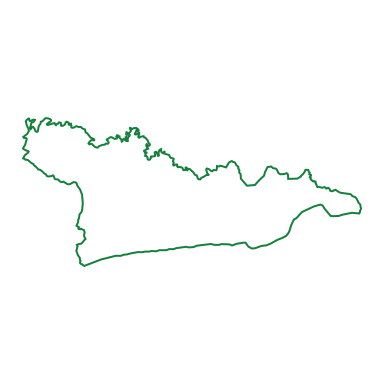 Birim South, Eastern, Ghana
{"feature_id": "2480657B71012260699376", "entity_name": "Birim South", "entity_type": "district", "adm_level": 2, "iso_a3": "GHA", "parent_name": "Ghana", "parent_adm1": "Eastern", "projection": "orthographic", "projection_center": [-1.125, 5.901], "detail": "fine", "context": "isolated", "style": "outline", "palette": "green", "viewbox_px": 384, "rotation_deg": 0, "n_neighbors": 0, "source": "geoboundaries", "source_scale": "gbopen_adm2", "svg_char_len": 5950}
<svg xmlns="http://www.w3.org/2000/svg" viewBox="0 0 384 384"><path d="M23.1,158.4L24.7,159.0L25.4,159.7L26.3,159.7L28.1,160.2L31.3,163.0L33.5,164.1L33.9,165.2L35.8,166.7L37.7,168.6L38.2,169.5L39.9,169.7L42.2,171.3L44.3,173.5L45.9,174.3L46.8,175.9L48.2,176.5L51.5,176.1L52.6,175.4L53.1,175.4L53.7,176.0L54.7,178.7L55.2,179.2L58.0,179.5L60.2,181.6L62.1,182.2L63.4,181.6L67.1,184.0L68.2,184.3L69.6,184.2L71.4,183.4L73.5,182.1L74.9,182.3L76.2,182.7L76.5,183.2L77.4,185.8L80.0,189.4L82.0,194.5L82.8,203.0L82.1,210.6L81.0,212.8L79.6,214.2L78.9,218.5L78.1,219.8L78.2,222.0L76.5,225.7L79.0,227.3L78.4,228.0L78.5,228.9L79.9,229.3L81.0,228.8L84.0,230.2L84.7,232.3L84.1,234.4L84.1,236.1L85.5,239.1L84.3,240.1L82.0,243.0L80.7,243.8L78.6,244.1L76.8,244.9L77.6,246.4L76.3,250.7L77.9,255.2L79.8,257.8L79.9,259.7L80.6,261.1L80.0,262.2L80.2,263.3L81.3,264.1L82.0,264.2L82.7,264.9L84.3,265.9L101.0,259.5L115.7,255.8L121.1,255.8L123.7,254.7L127.1,254.4L129.7,253.6L137.7,252.1L142.0,252.2L144.9,251.6L148.9,251.6L151.8,251.0L156.1,251.3L159.5,250.2L166.4,250.2L169.2,249.1L173.8,249.1L176.1,248.2L185.9,246.8L188.7,247.4L193.6,247.1L196.8,245.7L210.8,244.0L214.8,244.9L219.1,244.9L221.1,244.1L229.7,244.4L232.0,245.5L236.6,243.8L243.2,242.7L245.5,242.7L248.3,246.5L251.7,248.5L255.2,248.2L261.5,245.9L266.1,245.4L270.1,243.9L277.3,239.9L282.4,237.9L286.1,235.9L288.4,233.0L289.3,231.3L291.3,225.0L293.9,219.5L296.5,218.1L302.0,212.0L314.3,206.3L320.3,204.6L322.6,205.5L324.6,208.7L330.6,215.9L334.0,216.2L338.9,215.9L342.1,214.8L351.8,212.8L359.3,213.5L359.4,212.7L360.0,212.0L360.0,211.1L361.0,208.8L360.2,204.5L358.4,202.6L357.9,201.0L356.5,198.6L355.2,197.2L352.2,196.0L351.2,194.6L350.2,194.1L340.7,192.8L338.8,192.0L335.5,189.8L334.3,190.4L333.7,190.3L332.6,191.2L331.1,191.1L330.2,190.7L329.5,188.8L328.2,187.8L326.3,188.6L325.6,187.6L324.1,187.1L322.3,187.8L318.9,186.9L317.4,187.0L315.9,183.7L315.9,183.0L315.4,182.6L315.5,181.7L315.0,181.7L314.0,181.1L313.1,181.4L310.9,179.5L310.5,178.7L310.8,178.1L309.8,177.2L311.0,175.7L311.0,175.1L310.7,174.7L310.1,174.8L309.3,174.4L309.7,172.7L308.8,171.8L308.7,170.9L308.1,169.9L305.5,169.8L304.6,171.9L302.7,174.5L301.3,175.4L300.9,176.5L297.4,178.6L288.2,178.9L288.0,175.0L287.8,174.2L286.7,173.2L284.7,173.9L280.9,174.3L279.6,173.9L278.4,173.0L276.7,169.4L275.8,168.6L273.1,168.2L271.1,166.5L267.5,167.1L265.0,172.1L264.1,175.6L259.4,180.0L254.9,185.0L247.0,185.7L240.9,178.7L240.6,174.2L239.1,172.3L239.4,170.3L238.2,168.2L238.4,167.0L236.3,165.0L234.9,162.4L232.7,161.8L231.9,161.0L228.9,162.5L226.1,167.4L220.5,165.7L218.9,166.5L217.0,166.1L216.7,169.6L216.3,170.2L213.4,170.1L212.2,171.3L211.1,170.9L208.8,169.1L206.9,168.5L206.3,169.1L206.3,170.3L207.4,173.7L208.5,174.5L208.4,175.0L206.3,175.1L203.7,176.8L201.3,177.9L200.2,179.4L198.6,179.2L197.8,178.5L196.8,175.4L194.7,174.6L193.5,172.5L189.8,169.1L188.4,168.9L187.2,170.3L186.9,170.2L186.3,169.8L186.2,169.2L186.7,168.4L186.7,167.7L186.0,167.4L185.6,167.7L185.5,169.8L185.2,170.1L183.7,170.2L183.2,169.9L182.6,168.2L181.9,167.5L179.6,166.9L177.9,167.2L177.1,166.3L177.3,164.8L177.0,164.4L174.9,164.8L174.1,165.4L173.4,165.4L173.1,164.5L173.8,162.5L173.1,161.8L172.9,161.1L173.6,159.6L173.6,158.6L170.5,157.7L169.0,155.0L164.5,153.7L164.5,151.7L164.1,151.7L163.0,153.1L161.6,152.3L161.2,151.5L161.1,149.2L159.7,149.9L159.1,150.6L158.5,153.2L158.9,155.5L158.4,155.9L157.9,155.7L156.6,152.2L156.2,151.8L155.4,151.8L154.7,152.5L155.1,154.5L154.9,156.1L152.5,156.5L151.1,156.4L150.8,156.7L150.8,158.3L150.0,159.3L149.1,159.9L147.9,159.5L147.5,158.9L147.6,157.7L147.3,157.2L146.4,156.0L145.1,155.8L145.6,154.4L145.1,153.2L146.5,152.9L146.6,152.5L144.2,151.4L144.1,150.7L145.9,149.8L146.9,148.4L147.7,149.0L148.1,148.8L147.7,147.9L146.4,146.2L146.3,144.8L146.6,144.2L147.1,144.4L147.7,145.5L148.7,145.9L149.7,145.3L149.9,144.3L148.6,142.9L147.6,140.3L145.4,137.7L144.2,137.5L143.6,136.2L140.4,136.8L139.4,137.7L138.5,137.4L138.3,136.2L139.2,134.5L139.2,133.0L138.6,133.0L136.8,134.3L135.4,134.5L134.9,134.3L134.8,133.4L135.8,132.2L136.5,130.0L137.3,130.1L137.9,131.4L138.3,131.4L138.6,130.9L138.4,129.5L136.1,127.9L133.6,128.2L132.1,129.1L131.4,128.8L130.6,127.9L130.0,127.9L129.9,128.6L130.8,130.3L130.8,131.1L130.3,132.0L128.0,133.5L127.3,133.3L126.8,132.2L126.4,132.2L126.2,134.6L127.1,134.8L129.1,134.4L129.8,135.0L129.6,135.7L128.2,137.3L127.8,138.6L127.0,138.3L126.4,136.9L125.6,137.2L125.6,137.8L126.5,139.3L127.9,140.4L127.7,141.1L126.4,141.0L123.6,138.9L122.9,139.5L122.4,141.4L121.7,141.6L121.4,139.6L119.7,138.0L119.5,136.3L119.2,136.2L118.0,136.9L117.8,135.5L117.2,135.2L116.4,136.4L117.0,138.0L116.8,138.6L114.7,138.9L111.6,137.2L110.5,137.2L106.8,139.5L106.9,140.1L108.3,141.3L108.6,142.5L108.3,143.4L107.5,143.8L106.0,143.5L104.6,144.7L102.6,144.8L98.9,146.3L97.7,147.6L96.9,147.6L94.5,146.6L91.9,144.0L90.7,143.8L89.5,144.4L88.5,143.6L89.1,142.3L90.6,140.6L91.4,140.2L94.0,140.3L94.3,140.0L94.2,139.3L90.6,137.6L87.3,133.4L85.6,132.3L85.0,129.5L82.1,128.3L80.8,126.9L78.5,127.0L76.4,126.1L73.5,127.7L72.0,127.8L71.3,127.1L71.4,125.8L70.9,123.7L70.2,123.8L69.7,124.8L68.9,124.7L68.6,124.3L68.6,122.7L66.9,121.7L65.6,122.4L65.3,123.8L64.6,124.9L62.1,126.0L61.1,125.6L60.8,123.0L59.2,122.3L58.8,122.4L58.2,123.6L57.1,123.9L56.0,125.2L55.5,124.9L54.8,123.3L54.2,123.1L47.7,125.0L47.0,124.6L46.9,124.0L49.5,122.0L50.4,121.7L51.0,120.8L51.1,120.0L50.4,119.3L48.6,118.5L45.8,118.1L45.2,118.4L42.3,121.4L40.8,121.7L40.4,124.0L39.4,125.1L38.5,127.1L38.0,130.9L37.2,131.8L36.4,131.8L35.5,131.2L34.5,128.7L33.3,127.0L32.4,126.7L31.7,126.8L31.4,127.3L31.4,128.4L30.7,129.1L30.0,128.0L31.3,123.1L31.7,122.6L33.3,122.2L34.6,120.6L34.9,119.9L33.4,119.6L30.0,121.1L29.2,119.9L29.0,118.6L28.5,118.5L26.6,120.0L25.8,121.3L26.8,125.5L28.5,128.7L28.8,131.2L27.1,134.0L23.3,136.9L23.7,137.8L26.1,138.1L26.8,138.9L25.1,144.9L23.0,148.3L23.7,149.2L26.4,150.6L28.4,151.2L28.7,151.7L28.2,152.5L24.8,155.3L23.1,158.4Z" fill="none" stroke="#15803d" stroke-width="2"/></svg>